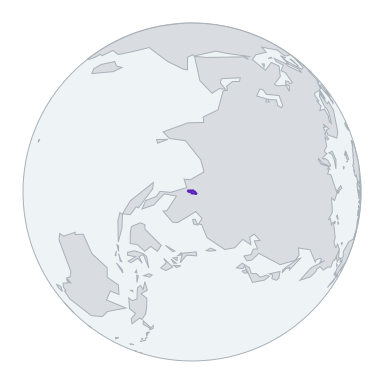 globe centered on Chiang Mai, rotated 89°
{"feature_id": "THA-390", "entity_name": "Chiang Mai", "entity_type": "Province", "adm_level": 1, "iso_a3": "THA", "parent_name": "Thailand", "parent_adm1": "", "projection": "orthographic", "projection_center": [98.763, 18.701], "detail": "fine", "context": "on_globe", "style": "filled", "palette": "violet", "viewbox_px": 384, "rotation_deg": 89, "n_neighbors": 0, "source": "natural_earth", "source_scale": "10m", "svg_char_len": 11699}
<svg xmlns="http://www.w3.org/2000/svg" viewBox="0 0 384 384"><g transform="rotate(89 192 192)"><circle cx="192" cy="192" r="169" fill="#eef3f6" stroke="#a8b0b8"/><path d="M352.5,244.2L352.1,245.3L352.1,245.5L352.5,244.2ZM264.2,39.2L267.0,41.4L273.6,45.3L268.0,42.5L284.1,52.6L289.7,58.3L280.1,50.1L276.6,48.1L278.7,50.8L275.5,49.3L274.7,50.0L270.8,48.2L265.4,44.1L262.8,43.0L264.4,45.1L261.5,45.0L259.5,42.0L254.1,41.7L244.3,36.0L242.0,31.6L233.2,28.8L224.8,26.3L238.3,29.5L251.4,33.8L264.2,39.2ZM206.7,23.7L206.2,23.6L203.6,23.5L202.9,23.4L206.7,23.7ZM279.1,48.8L277.6,47.4L280.1,49.3L279.1,48.8ZM275.3,50.4L276.8,51.3L275.8,51.3L275.3,50.4ZM268.7,48.7L266.6,48.6L267.8,47.9L268.7,48.7ZM264.8,48.1L259.8,48.5L262.6,50.5L251.9,45.6L259.7,46.6L260.8,45.3L262.2,47.0L264.8,48.1ZM216.9,24.9L224.8,26.3L226.1,26.7L221.4,25.7L225.0,26.7L219.1,25.8L215.8,25.1L216.1,24.9L213.6,24.8L211.6,24.2L216.9,24.9ZM246.8,43.1L244.8,42.8L245.9,42.4L246.8,43.1ZM206.2,23.7L208.8,23.9L210.1,24.2L205.1,23.8L206.3,23.8L206.2,23.7ZM228.9,27.6L229.0,27.9L224.2,27.2L223.6,27.3L219.1,25.8L228.9,27.6ZM204.7,23.6L202.6,23.6L199.6,23.4L203.8,23.5L204.7,23.6ZM212.5,24.5L212.9,24.7L211.0,24.4L212.5,24.5ZM187.7,23.2L190.7,23.1L191.7,23.2L187.7,23.2ZM202.0,23.7L203.1,23.8L203.8,23.9L201.9,23.9L202.0,23.7ZM216.0,25.6L214.0,25.4L217.6,26.1L214.2,25.9L211.8,25.1L211.4,25.3L210.3,25.3L209.5,24.7L216.0,25.6ZM202.0,24.4L197.8,23.6L191.9,23.5L190.9,23.4L200.6,23.6L202.0,24.4ZM206.5,24.6L203.5,24.4L203.8,24.1L206.0,24.1L206.5,24.6ZM212.7,26.2L218.6,26.7L218.9,26.9L212.7,26.2ZM200.3,24.3L201.3,24.5L199.8,24.3L200.3,24.3ZM208.8,25.6L210.9,25.7L211.2,25.9L208.8,25.6ZM201.7,25.0L200.4,24.7L201.8,24.6L201.7,25.0ZM204.9,25.3L204.9,25.6L203.2,24.7L205.8,25.3L204.9,25.3ZM208.8,25.8L209.6,25.9L207.9,25.7L208.8,25.8ZM197.0,25.7L194.5,24.7L197.7,24.4L199.7,25.4L197.0,25.7ZM58.9,88.0L56.4,91.4L57.7,95.5L57.0,97.7L51.6,104.2L48.4,119.7L53.6,115.3L55.9,125.9L60.7,129.3L71.6,116.5L63.8,110.5L67.5,102.8L78.0,101.7L85.7,107.8L87.4,105.1L86.9,96.2L93.1,93.0L87.2,92.9L86.3,96.3L82.6,96.5L83.2,93.5L85.4,92.3L84.3,89.7L74.3,96.6L72.3,100.9L66.8,98.5L63.0,105.5L59.9,107.4L65.3,96.2L68.1,93.1L74.4,80.3L70.9,83.2L64.7,95.8L64.7,94.0L59.9,99.0L63.5,93.8L71.2,80.2L69.2,78.8L58.9,88.2L59.4,87.3L59.4,87.2L73.7,71.3L74.6,70.5L72.4,73.9L76.4,70.3L83.5,63.5L82.2,65.4L84.8,63.3L84.6,64.7L90.8,61.7L91.6,62.9L100.3,57.5L101.8,57.6L96.2,60.6L92.8,63.7L95.5,67.8L97.8,67.3L103.3,63.6L103.3,65.5L108.2,61.5L112.9,62.8L111.3,58.2L117.7,54.6L123.9,53.4L125.7,51.5L115.6,53.6L111.8,55.3L109.0,58.0L98.5,62.9L96.2,62.6L106.2,54.9L104.1,53.9L112.8,49.1L134.7,45.2L140.6,46.3L137.2,55.3L132.3,56.7L131.0,54.0L126.4,59.6L129.5,57.6L129.6,59.5L135.7,57.1L136.0,58.4L141.2,54.3L142.3,55.6L139.0,58.1L148.9,56.5L152.8,58.9L154.9,58.1L156.0,56.4L160.2,61.0L161.6,60.2L160.7,58.3L162.8,55.6L168.2,52.8L169.4,54.5L167.6,55.7L165.6,61.2L160.7,64.7L161.7,65.2L166.3,62.6L168.7,55.8L171.6,53.7L171.2,56.7L171.6,55.4L173.4,54.9L176.3,56.2L177.1,52.9L195.5,47.1L203.0,49.6L200.5,52.5L214.6,52.0L221.9,55.9L221.1,54.0L227.3,53.2L225.1,51.9L225.1,51.0L240.1,49.6L244.5,51.0L250.0,49.4L249.6,48.6L246.6,47.3L251.9,45.6L262.6,50.5L263.0,52.0L269.4,54.5L269.5,57.8L272.4,62.2L268.7,65.2L271.4,68.8L273.6,69.4L278.9,75.1L282.2,85.7L269.8,74.2L263.0,60.3L264.9,65.4L261.6,63.6L260.5,65.2L262.1,69.2L264.1,70.0L251.8,75.0L249.8,86.5L257.0,86.1L262.1,89.9L266.2,105.2L254.5,126.2L261.1,133.5L261.8,138.3L256.9,141.2L255.6,134.1L250.2,131.6L250.2,127.5L241.9,130.5L241.6,124.8L235.2,130.5L238.2,135.1L245.7,134.1L240.3,142.1L248.5,150.3L250.0,160.3L237.9,177.8L224.8,182.9L224.1,186.1L218.6,182.4L211.7,188.5L222.2,206.6L222.0,211.8L210.6,221.3L210.3,217.5L195.8,207.6L193.3,219.8L204.3,230.4L208.1,242.3L199.7,238.3L195.9,227.8L190.8,224.0L192.0,213.4L187.5,197.2L179.0,199.7L179.6,193.3L172.1,179.6L159.9,182.7L140.6,197.6L138.1,213.6L131.4,219.8L122.8,195.0L122.7,179.0L117.2,179.5L110.3,164.6L91.4,159.1L90.9,154.7L86.9,155.5L82.3,149.7L82.3,142.6L78.6,141.7L79.2,160.6L83.4,161.7L89.9,156.7L89.1,163.0L93.7,170.2L80.9,182.1L56.5,187.1L57.7,174.7L57.8,137.6L59.9,134.4L60.0,134.0L60.2,133.2L56.5,138.1L57.8,131.2L53.8,155.7L51.6,165.6L56.1,187.7L54.8,189.1L57.3,194.2L69.9,194.4L69.1,198.3L61.0,214.2L46.8,232.4L50.8,249.9L53.3,263.4L49.1,268.5L54.2,279.6L52.7,281.2L55.8,287.0L57.3,291.6L58.0,294.5L55.8,292.0L48.4,281.0L41.8,269.4L36.2,257.3L31.5,244.9L27.9,232.1L27.4,229.9L25.4,220.0L23.2,199.7L23.0,193.6L23.3,184.4L23.6,178.4L23.6,177.9L25.1,165.8L27.4,153.8L30.6,141.9L34.7,130.4L39.5,119.2L45.2,108.3L51.7,97.9L58.9,88.0ZM90.1,122.2L97.1,125.8L100.3,115.8L103.3,116.5L103.3,113.0L100.5,115.1L101.5,106.0L106.8,104.9L109.3,101.1L107.0,99.8L97.1,103.3L95.6,116.0L91.3,118.9L90.1,122.2ZM99.3,52.0L97.1,53.8L94.0,55.6L93.1,55.4L97.5,52.6L99.3,52.0ZM94.7,56.1L104.9,49.3L105.9,49.6L103.6,50.5L103.3,51.4L99.5,53.1L90.5,60.6L87.2,62.8L87.2,60.4L89.0,59.8L91.1,57.8L94.7,56.1ZM129.1,35.8L133.5,34.0L130.0,36.7L126.3,38.1L125.1,37.6L128.8,35.8L129.1,35.8ZM199.6,23.2L200.0,23.3L198.0,23.3L195.8,23.2L196.0,23.1L192.9,23.2L191.6,23.1L189.0,23.1L183.2,23.3L199.6,23.2ZM162.4,25.7L162.7,25.6L165.7,25.1L166.9,25.0L164.0,25.4L169.2,24.7L169.4,24.8L175.7,24.5L183.0,23.9L185.5,24.1L182.8,24.4L187.2,24.3L183.7,25.1L185.4,25.3L183.6,26.5L177.4,27.4L179.7,27.6L178.5,28.8L173.4,29.9L174.6,28.7L168.1,30.9L166.7,29.9L166.1,30.2L163.0,30.0L158.2,30.5L158.3,30.0L156.4,30.4L154.3,30.5L151.7,31.0L151.0,30.4L147.7,31.1L149.3,30.4L143.8,31.9L147.6,30.6L145.2,30.9L142.8,32.0L145.5,29.6L162.4,25.7ZM196.3,26.0L189.1,26.8L184.8,26.7L189.6,24.7L188.6,24.4L191.5,23.7L197.7,23.9L196.3,24.0L194.4,24.1L196.0,24.4L194.1,24.7L194.8,25.1L192.3,25.2L196.3,26.0ZM59.4,96.0L59.4,97.1L60.2,98.0L57.2,101.3L59.4,96.0ZM64.4,86.7L64.9,86.9L61.0,91.6L61.0,90.7L64.4,86.7ZM68.5,83.3L65.2,86.5L66.9,84.2L68.5,83.3ZM97.0,60.8L98.0,61.0L96.8,62.0L94.8,63.0L97.0,60.8ZM153.9,38.0L155.2,36.9L156.3,36.8L161.7,34.8L163.1,35.7L160.4,37.2L153.9,38.0ZM68.4,117.8L65.1,119.5L65.2,117.6L66.3,117.4L68.4,117.8ZM59.4,109.9L59.9,113.5L58.6,110.8L59.4,109.9ZM156.3,38.6L158.4,37.6L157.8,38.7L156.3,38.6ZM164.4,36.3L164.4,37.4L163.9,35.6L164.4,36.3ZM136.5,343.2L139.9,344.9L137.4,344.5L136.5,343.2ZM70.3,268.8L71.8,290.0L67.0,288.0L62.9,280.5L60.2,267.0L64.8,265.3L66.2,259.7L70.3,268.8ZM249.5,268.7L254.4,269.2L254.2,269.9L249.5,268.7ZM244.5,266.4L250.1,266.4L243.5,268.0L244.5,266.4ZM252.3,266.4L258.0,264.8L260.4,263.5L259.9,265.0L252.3,266.4ZM240.7,266.6L219.7,266.6L211.3,264.5L213.3,261.9L226.9,262.7L240.7,266.6ZM212.6,261.8L199.8,253.9L181.8,230.5L188.2,231.3L206.9,245.7L205.8,248.0L213.6,254.2L212.6,261.8ZM243.6,247.7L242.4,254.8L230.8,254.3L225.5,253.2L221.9,244.2L223.9,239.6L228.3,239.7L244.8,223.7L250.7,227.5L245.7,234.2L250.4,240.3L243.6,247.7ZM138.9,215.3L142.6,225.4L138.9,226.5L138.9,215.3ZM251.3,212.4L244.8,219.6L250.7,210.1L251.3,212.4ZM254.7,203.5L255.2,207.1L252.4,203.7L254.7,203.5ZM224.1,191.0L219.5,191.8L219.3,189.3L225.1,186.8L224.1,191.0ZM251.0,168.8L251.4,176.2L250.7,178.7L248.4,174.3L251.0,168.8ZM171.5,47.7L162.5,49.1L156.9,51.4L155.2,54.4L153.7,51.1L162.3,47.5L171.5,47.7ZM192.4,46.8L193.8,44.7L195.8,45.6L195.8,46.2L192.4,46.8ZM191.4,45.6L188.3,43.2L190.7,42.1L192.7,44.1L191.4,45.6ZM172.0,40.0L169.2,40.3L169.7,39.3L172.0,40.0ZM301.6,320.6L300.3,321.6L310.9,312.1L301.6,320.6ZM282.0,328.9L284.1,324.9L289.2,323.3L285.1,327.4L282.0,328.9ZM323.3,298.3L326.1,294.7L324.2,297.3L323.3,298.3ZM269.5,314.5L237.6,325.8L231.1,325.0L233.9,321.1L230.2,309.5L232.4,309.7L232.3,301.5L251.8,293.2L266.2,278.2L275.7,278.3L283.7,267.2L293.2,266.8L289.6,275.4L298.5,279.4L306.8,260.1L310.0,278.5L315.0,283.9L313.8,294.9L296.6,316.2L288.8,321.2L288.3,319.9L284.8,322.2L280.9,322.4L280.6,316.9L277.1,319.2L281.4,314.3L275.8,318.9L274.7,315.4L269.5,314.5ZM336.1,268.3L336.9,268.4L337.4,270.9L336.2,271.0L336.1,268.3ZM350.2,249.8L350.0,251.0L349.4,252.0L350.2,249.8ZM352.1,245.5L351.3,247.0L352.5,244.2L352.1,245.5ZM343.1,255.0L343.4,255.9L342.9,256.5L343.1,255.0ZM342.9,254.7L343.7,252.6L343.3,254.5L342.9,254.7ZM339.8,246.3L340.5,245.0L340.7,245.7L339.8,246.3ZM261.5,268.9L268.4,263.1L271.9,262.4L261.5,268.9ZM339.1,244.4L337.5,244.8L337.8,243.7L339.1,244.4ZM339.4,241.9L339.4,240.5L340.0,243.6L339.4,241.9ZM336.5,239.6L338.4,241.6L336.3,240.0L336.5,239.6ZM335.3,240.3L333.9,239.6L334.0,239.1L335.3,240.3ZM317.1,246.6L322.7,254.2L317.8,255.0L312.4,250.6L307.5,256.5L296.8,257.1L299.5,253.6L298.2,248.9L286.8,248.2L284.5,245.1L288.7,242.6L280.9,240.7L289.4,238.4L292.8,244.8L297.5,239.0L305.5,239.3L312.9,240.4L318.6,244.4L317.1,246.6ZM289.2,253.1L290.6,252.9L289.3,255.0L289.2,253.1ZM331.1,236.7L333.2,239.3L332.9,240.2L331.8,240.0L331.1,236.7ZM319.9,243.0L326.2,236.3L327.6,236.1L323.4,243.1L319.9,243.0ZM324.8,233.0L327.6,233.2L328.9,236.0L328.3,237.0L324.8,233.0ZM271.8,248.4L271.4,250.3L269.2,249.0L271.8,248.4ZM274.8,247.1L281.5,248.6L274.1,248.7L274.8,247.1ZM253.7,241.8L255.7,246.1L262.3,243.0L257.3,247.3L261.6,254.2L260.0,257.0L255.8,249.4L254.1,257.5L251.2,257.5L249.7,250.7L252.7,242.1L255.6,238.5L267.3,236.5L253.7,241.8ZM274.8,241.7L273.0,236.7L274.3,233.2L276.3,235.8L274.8,241.7ZM267.4,224.6L262.3,218.9L257.9,221.4L266.7,212.6L270.1,219.5L267.4,224.6ZM262.8,211.7L258.7,213.9L262.9,208.9L262.8,211.7ZM257.6,212.0L256.9,207.8L260.3,208.2L257.6,212.0ZM265.0,211.8L265.5,204.6L267.3,208.7L265.0,211.8ZM255.1,198.5L262.5,205.1L253.1,202.5L251.9,188.9L255.9,188.4L255.1,198.5ZM272.0,143.2L270.6,139.5L273.9,138.5L274.0,141.3L272.0,143.2ZM283.5,133.1L274.4,137.1L266.8,140.8L269.5,142.4L268.6,148.9L264.0,143.1L268.7,135.9L274.6,134.3L274.7,129.0L278.5,125.3L276.4,118.9L277.8,116.1L281.5,121.5L283.5,133.1ZM275.2,116.3L273.0,105.4L279.7,106.7L281.7,109.3L279.9,113.7L276.5,112.7L275.2,116.3ZM274.4,103.3L271.1,102.4L260.8,87.4L260.2,84.7L271.6,96.0L269.1,95.9L270.5,99.6L274.4,103.3ZM245.9,43.6L244.9,42.8L246.8,43.5L245.9,43.6ZM223.8,50.3L224.2,49.2L226.4,49.9L223.8,50.3ZM226.6,46.7L223.8,46.7L226.3,45.9L226.6,46.7ZM217.7,47.0L222.5,46.3L218.6,48.1L217.7,47.0Z" fill="#d9dde1" stroke="#a8b0b8" stroke-width="1"/><path d="M193.5,188.0L193.9,187.9L194.0,187.8L194.0,187.7L194.1,187.8L194.0,188.0L194.3,188.1L194.3,188.3L194.2,188.3L194.0,188.2L194.0,188.3L193.9,188.2L193.8,188.3L193.7,188.5L193.8,188.6L193.7,188.7L193.7,188.8L193.7,189.0L193.4,189.1L193.4,189.3L193.5,189.4L193.5,189.5L193.5,189.8L193.6,190.0L193.6,190.3L193.5,190.6L193.6,190.8L193.7,191.0L193.8,191.1L193.7,191.2L193.7,191.3L193.6,191.5L193.7,191.8L193.6,192.0L193.6,192.3L193.6,192.5L193.4,192.4L193.3,192.2L193.2,192.1L192.9,192.1L192.7,192.1L192.6,192.3L192.5,192.5L192.2,192.6L192.0,192.8L191.9,192.8L191.8,193.0L192.0,193.3L192.1,193.6L192.2,193.8L192.1,194.1L192.3,194.2L192.3,194.3L192.4,194.5L192.4,194.8L192.2,194.9L191.9,194.8L191.7,194.8L191.7,195.0L191.6,195.3L191.4,195.4L191.4,195.5L191.4,195.8L191.4,196.0L191.5,196.0L191.4,196.2L191.2,196.2L191.1,196.3L191.0,196.2L190.9,196.2L190.8,195.9L190.7,195.8L190.8,195.8L190.8,195.7L190.7,195.7L190.8,195.6L190.7,195.3L190.6,195.1L190.5,194.9L190.5,194.7L190.4,194.5L190.3,194.3L190.2,194.2L190.1,193.9L190.2,193.7L190.2,193.4L190.2,193.2L190.3,192.9L190.5,192.7L190.4,192.7L190.2,192.5L190.2,192.4L190.2,192.2L190.2,191.9L190.1,191.7L190.2,191.4L190.2,191.1L190.2,190.9L190.3,190.8L190.3,190.7L190.5,190.6L190.6,190.8L190.8,190.9L190.8,191.0L191.0,191.0L191.3,191.0L191.5,191.0L191.7,190.9L191.6,190.6L191.5,190.4L191.6,190.2L191.5,189.9L191.6,189.7L191.4,189.5L191.4,189.4L191.2,189.2L191.3,189.1L191.5,189.1L191.6,188.9L191.9,188.9L192.0,188.9L192.1,188.7L192.2,188.8L192.3,188.8L192.5,188.8L192.7,188.7L192.7,188.4L192.7,188.0L192.8,187.9L193.0,187.8L193.3,187.8L193.4,188.0L193.5,188.0Z" fill="#8b5cf6" stroke="#5b21b6" stroke-width="1.5"/></g></svg>